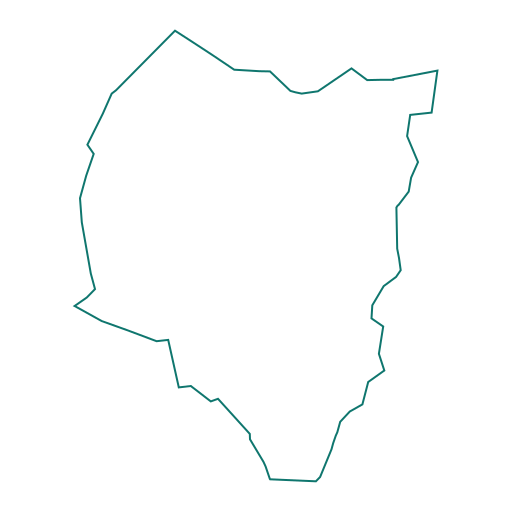 Tarka, Benue, Nigeria
{"feature_id": "59680162B13650355505793", "entity_name": "Tarka", "entity_type": "district", "adm_level": 2, "iso_a3": "NGA", "parent_name": "Nigeria", "parent_adm1": "Benue", "projection": "albers", "projection_center": [8.881, 7.59], "detail": "fine", "context": "isolated", "style": "outline", "palette": "teal", "viewbox_px": 512, "rotation_deg": 0, "n_neighbors": 0, "source": "geoboundaries", "source_scale": "gbopen_adm2", "svg_char_len": 974}
<svg xmlns="http://www.w3.org/2000/svg" viewBox="0 0 512 512"><path d="M93.7,153.9L86.2,175.7L80.0,198.2L81.8,222.3L90.8,273.5L92.8,280.9L95.0,289.1L86.8,297.5L74.6,306.0L101.8,321.1L126.7,330.0L156.6,341.2L168.2,339.9L178.8,387.4L190.8,386.0L210.8,401.4L218.0,398.8L249.8,433.9L250.0,439.3L263.5,461.9L265.6,466.5L269.8,478.8L270.1,479.3L315.9,481.3L320.1,477.0L331.5,449.3L333.2,443.1L335.8,435.6L337.3,432.3L340.2,421.8L349.8,411.5L362.4,404.4L368.2,382.0L384.3,370.5L378.9,353.8L383.2,326.5L371.5,318.4L372.3,305.3L383.7,286.1L396.1,276.9L400.7,270.2L399.0,258.0L397.2,248.7L396.4,207.5L397.7,205.5L398.5,205.0L408.7,191.6L411.1,177.7L418.0,162.1L407.1,136.1L410.2,114.9L431.6,112.6L437.4,70.6L393.2,79.1L393.2,79.8L381.0,79.8L367.2,80.1L351.5,68.4L317.9,91.3L301.7,93.6L295.4,92.3L290.4,90.9L270.0,71.4L259.3,71.2L234.2,69.7L212.5,55.1L193.1,42.4L175.0,30.7L116.0,90.3L111.7,93.6L102.8,113.7L87.4,144.7L93.7,153.9Z" fill="none" stroke="#0f766e" stroke-width="2"/></svg>